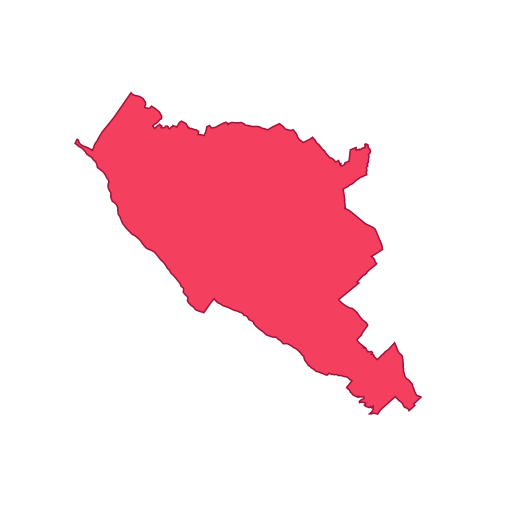 Gusoeni, Vâlcea, Romania (Mercator projection), rotated 163°
{"feature_id": "2599482B73912524468406", "entity_name": "Gusoeni", "entity_type": "district", "adm_level": 2, "iso_a3": "ROU", "parent_name": "Romania", "parent_adm1": "Vâlcea", "projection": "mercator", "projection_center": [24.113, 44.728], "detail": "fine", "context": "isolated", "style": "filled", "palette": "rose", "viewbox_px": 512, "rotation_deg": 163, "n_neighbors": 0, "source": "geoboundaries", "source_scale": "gbopen_adm2", "svg_char_len": 6099}
<svg xmlns="http://www.w3.org/2000/svg" viewBox="0 0 512 512"><g transform="rotate(163 256 256)"><path d="M327.7,448.7L351.9,429.6L367.0,419.5L373.2,413.8L374.0,412.7L375.7,411.6L378.0,409.5L379.4,407.4L381.6,404.8L383.0,406.6L386.4,409.8L388.7,411.4L391.1,413.9L392.0,416.1L391.9,418.6L393.0,419.9L396.1,416.6L393.7,413.3L393.6,412.9L390.5,409.4L388.7,405.7L388.2,403.3L387.7,402.3L384.5,398.6L383.2,395.2L382.2,393.9L381.5,391.2L381.4,389.8L381.8,387.8L381.7,386.9L377.5,381.0L376.4,377.8L375.8,374.1L375.1,372.8L374.9,369.8L375.9,368.7L377.0,366.5L377.3,365.1L377.4,363.8L377.2,362.1L376.3,358.7L377.6,355.0L377.6,352.4L377.4,350.5L375.3,347.6L374.2,345.0L374.1,342.2L374.8,340.3L375.5,336.0L374.7,333.7L374.2,327.0L373.4,324.4L371.9,320.5L368.0,312.8L366.3,311.4L363.4,307.2L361.9,304.4L360.9,300.8L358.9,296.1L357.1,294.1L354.1,291.8L352.0,289.5L350.3,285.7L348.3,280.4L346.2,276.8L346.0,276.0L345.1,273.9L344.3,270.1L343.0,267.5L342.3,264.4L340.2,260.7L336.9,252.6L336.5,250.7L336.6,249.1L334.9,246.6L334.8,245.6L335.8,243.6L336.1,242.4L334.5,238.7L333.6,237.3L333.3,236.6L333.4,235.3L334.7,233.3L334.1,231.1L332.8,228.2L330.7,225.4L329.8,223.0L329.1,222.0L326.2,219.5L323.6,218.0L322.5,217.0L313.0,224.4L308.5,227.4L307.8,225.2L306.7,223.7L306.6,222.9L303.8,220.4L302.5,218.5L297.3,214.7L293.0,210.6L290.1,208.9L288.1,207.1L286.5,206.1L285.3,204.5L284.9,202.9L283.1,201.8L282.0,200.3L281.4,197.5L281.0,196.9L278.1,194.3L277.7,193.3L277.8,191.8L276.3,188.5L274.0,184.8L271.2,181.2L269.2,177.5L264.1,173.8L260.5,172.3L259.9,171.6L259.2,169.9L257.2,167.8L255.6,164.1L252.5,163.3L251.1,162.6L248.5,159.8L247.2,157.9L244.8,155.6L243.6,153.9L242.2,151.3L240.5,147.3L239.6,146.1L239.9,144.0L239.9,142.1L238.2,137.6L238.1,136.2L236.5,134.5L235.9,133.1L232.7,129.2L232.3,128.2L229.4,126.4L227.7,124.8L226.3,124.0L224.4,122.2L223.0,121.3L222.0,121.5L221.2,122.3L220.5,122.4L219.6,121.6L215.7,119.5L213.8,119.2L211.8,117.4L209.7,116.9L207.4,115.3L204.1,113.5L202.4,110.4L200.6,108.6L207.7,103.9L207.9,103.5L207.3,103.0L206.8,101.8L205.6,100.5L205.7,99.1L205.4,98.0L204.3,96.5L204.4,96.2L203.9,94.8L203.3,94.5L202.9,93.7L201.0,92.0L200.2,92.2L200.1,91.5L199.6,91.1L198.6,91.6L198.5,90.9L197.0,90.8L196.1,90.2L194.9,90.3L194.0,89.4L194.0,88.7L194.4,88.2L198.0,87.5L199.8,86.7L199.9,86.2L199.7,85.4L198.7,85.7L194.4,83.8L194.1,82.7L195.9,81.9L195.2,81.4L195.5,81.0L195.1,80.1L194.0,79.5L192.5,78.2L192.1,78.0L190.5,78.6L190.3,78.5L190.6,78.1L189.8,76.9L187.9,78.1L188.8,75.1L189.4,74.4L191.2,72.9L193.6,71.9L191.8,71.2L191.3,71.4L189.4,71.2L186.9,70.0L185.9,69.2L182.1,72.3L164.0,80.8L163.4,79.3L162.2,77.5L161.6,75.9L160.3,74.5L159.0,72.0L158.6,68.8L157.8,67.6L155.8,66.1L155.3,65.4L154.9,63.3L147.8,66.6L148.6,68.3L139.4,72.8L140.5,74.0L142.6,75.2L143.2,76.1L143.9,80.5L144.0,84.1L144.2,85.2L144.0,87.7L146.1,92.6L148.1,94.9L148.8,97.0L148.6,100.3L148.7,102.6L148.3,103.5L147.8,106.2L146.8,109.5L145.4,116.7L145.7,118.5L147.8,122.0L148.6,131.1L148.8,132.5L156.5,128.0L160.9,126.4L162.9,125.1L164.2,124.7L170.4,121.4L171.6,124.0L172.8,125.5L172.2,126.3L172.7,127.3L173.4,128.1L174.2,128.3L172.8,129.3L173.2,130.4L173.6,131.0L175.3,131.0L176.5,131.9L177.3,131.8L177.5,132.2L177.5,133.0L177.9,135.6L178.9,136.1L178.9,136.4L178.5,136.6L178.9,137.1L179.8,136.6L180.1,136.7L180.0,137.3L179.5,137.8L182.5,142.4L183.8,145.1L183.9,146.3L180.9,148.3L178.4,149.5L177.2,151.1L169.4,157.1L170.0,159.8L172.7,163.7L174.2,166.9L175.8,172.1L178.8,177.3L181.8,179.1L185.0,182.4L187.5,185.7L189.0,188.4L189.6,190.2L165.5,200.1L167.0,201.6L159.6,205.8L158.4,206.3L157.5,206.1L154.9,207.6L154.8,208.0L151.4,209.7L142.9,213.2L143.3,214.1L143.3,214.7L143.8,215.2L143.7,217.8L144.2,218.4L144.0,218.9L144.9,220.8L145.9,221.9L140.8,223.0L133.1,225.3L132.6,228.4L132.5,230.3L134.1,246.0L134.5,247.4L135.9,249.3L141.9,254.8L153.3,272.0L157.1,275.6L156.5,275.8L156.3,276.3L156.6,277.0L156.1,277.9L155.7,279.8L155.2,283.2L154.7,283.4L153.1,294.4L149.2,295.4L147.6,295.5L146.4,296.4L142.6,296.9L138.7,298.8L133.0,300.7L131.0,300.7L128.2,301.3L126.3,301.3L126.0,304.0L124.9,305.3L124.5,308.4L122.7,309.5L122.9,310.4L122.7,310.8L123.0,311.5L121.4,312.4L121.4,313.1L120.7,313.9L120.6,314.6L118.8,318.2L118.9,320.0L117.6,320.7L116.2,322.0L115.9,322.6L115.9,324.9L116.3,325.8L117.0,326.6L116.4,329.5L118.0,331.0L119.0,331.1L119.3,330.8L119.1,329.6L119.8,329.3L119.9,328.2L120.1,327.9L123.0,328.0L125.0,327.2L125.7,327.2L125.8,327.8L126.1,327.9L129.2,327.8L129.3,329.1L128.5,330.0L128.5,330.5L134.8,329.9L139.3,319.6L143.8,319.0L144.4,318.3L144.3,317.6L148.0,317.0L148.9,318.8L147.8,319.0L147.6,319.3L147.7,319.7L149.0,319.7L149.1,323.2L150.9,322.8L152.4,322.8L153.6,325.5L155.1,327.5L156.6,328.3L159.2,334.0L159.7,336.7L161.5,338.9L161.6,339.9L163.4,344.2L165.1,346.8L165.6,349.5L167.2,353.0L168.0,352.6L169.2,352.5L169.4,352.1L177.5,350.7L180.1,354.1L180.9,355.7L181.5,357.5L181.4,359.1L181.7,361.3L183.5,365.8L186.0,366.0L187.3,366.6L190.8,368.8L192.2,372.0L194.9,375.7L202.4,374.6L208.0,373.2L210.4,375.1L213.1,376.6L214.8,378.4L216.5,379.4L222.3,381.1L223.9,382.4L228.4,384.5L228.3,385.3L230.6,387.7L232.2,388.3L233.4,388.2L234.3,388.8L236.3,389.2L240.2,390.9L241.4,390.6L242.6,390.8L243.4,390.1L244.5,389.9L244.6,390.6L244.2,391.1L245.7,392.8L249.6,392.4L257.7,390.9L261.1,391.4L262.2,394.3L265.2,394.0L267.1,390.4L270.3,386.3L272.8,387.8L275.8,389.1L274.4,392.0L275.4,392.7L276.3,394.2L278.1,395.0L280.6,397.0L282.1,397.2L282.7,398.7L283.4,398.5L283.9,402.0L284.3,403.2L287.9,406.8L289.0,406.6L290.5,405.8L294.1,402.5L295.0,403.5L296.6,404.2L297.3,405.1L298.0,404.4L301.0,403.4L301.4,402.9L302.6,404.3L302.7,404.6L302.3,405.0L302.4,405.6L303.1,406.3L304.7,406.6L305.5,405.4L307.8,405.8L309.3,406.6L308.0,407.7L309.7,410.0L310.0,409.6L311.1,409.6L313.3,408.8L315.6,407.5L316.8,410.9L313.4,411.8L310.8,412.8L308.1,414.5L307.0,414.9L306.4,414.8L305.6,416.2L305.3,417.8L305.9,419.5L306.0,421.0L306.7,422.5L309.3,426.5L312.1,429.9L314.3,428.6L315.5,428.5L318.9,430.5L319.0,431.0L317.3,433.1L316.8,434.7L317.0,436.4L318.1,439.8L320.7,442.6L325.5,445.4L327.2,447.1L327.7,448.7Z" fill="#f43f5e" stroke="#9f1239" stroke-width="1.5"/></g></svg>